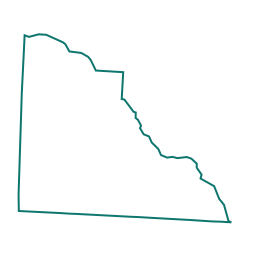 Woods, Oklahoma, United States of America, rotated 183°
{"feature_id": "52423323B10893582659476", "entity_name": "Woods", "entity_type": "district", "adm_level": 2, "iso_a3": "USA", "parent_name": "United States of America", "parent_adm1": "Oklahoma", "projection": "orthographic", "projection_center": [-98.992, 36.696], "detail": "fine", "context": "isolated", "style": "outline", "palette": "teal", "viewbox_px": 256, "rotation_deg": 183, "n_neighbors": 0, "source": "geoboundaries", "source_scale": "gbopen_adm2", "svg_char_len": 857}
<svg xmlns="http://www.w3.org/2000/svg" viewBox="0 0 256 256"><g transform="rotate(183 128 128)"><path d="M57.3,92.0L57.5,96.0L63.1,100.7L67.8,102.1L77.1,100.5L82.1,101.5L87.4,100.5L93.6,102.7L96.7,108.7L103.5,114.7L106.6,120.7L112.0,122.5L116.0,128.5L115.1,131.0L118.4,136.6L120.9,138.4L121.1,143.9L123.3,144.5L133.1,156.2L135.8,156.6L135.7,183.5L163.1,183.7L168.8,194.0L171.6,197.0L178.6,200.5L190.6,201.4L194.8,208.2L197.1,210.0L214.5,216.8L222.0,216.9L231.7,213.8L236.1,215.2L236.0,196.0L235.9,157.7L233.8,56.0L232.7,39.4L193.0,39.5L192.1,39.5L182.0,39.4L175.0,39.5L174.5,39.5L173.7,39.5L156.9,39.5L154.4,39.5L127.7,39.5L126.3,39.5L119.5,39.5L114.8,39.6L97.2,39.5L96.2,39.5L68.4,39.4L61.6,39.4L38.7,39.1L31.3,39.3L19.9,39.2L22.8,40.4L28.1,56.3L33.3,62.1L38.9,74.4L52.9,81.3L52.1,85.3L57.3,92.0Z" fill="none" stroke="#0f766e" stroke-width="2"/></g></svg>